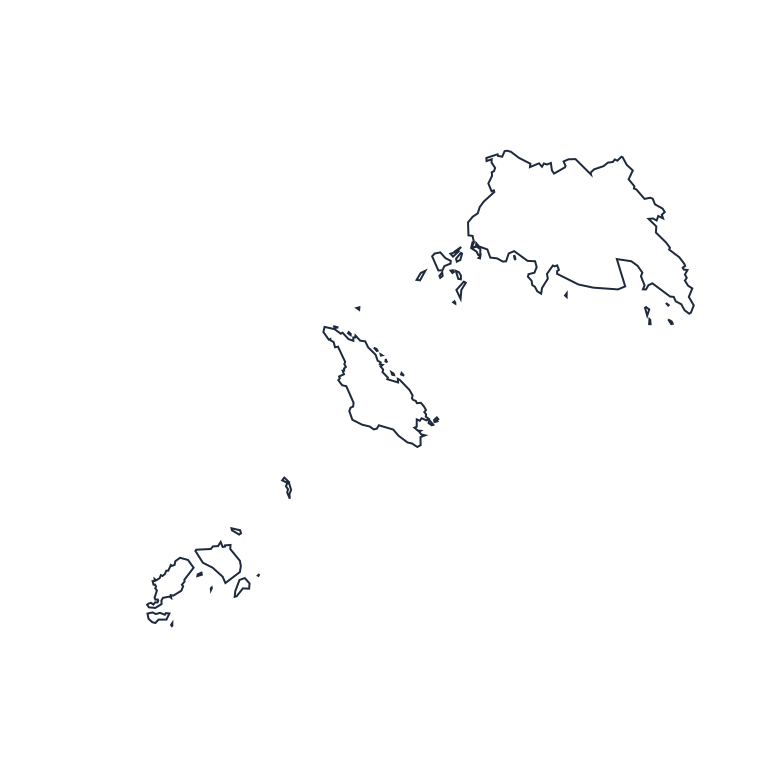 outline of Mueang Satun, Satun, Thailand, rotated 324°
{"feature_id": "78962969B14471868666252", "entity_name": "Mueang Satun", "entity_type": "district", "adm_level": 2, "iso_a3": "THA", "parent_name": "Thailand", "parent_adm1": "Satun", "projection": "albers", "projection_center": [99.766, 6.614], "detail": "fine", "context": "isolated", "style": "outline", "palette": "slate", "viewbox_px": 768, "rotation_deg": 324, "n_neighbors": 0, "source": "geoboundaries", "source_scale": "gbopen_adm2", "svg_char_len": 6153}
<svg xmlns="http://www.w3.org/2000/svg" viewBox="0 0 768 768"><g transform="rotate(324 384 384)"><path d="M599.7,261.3L598.0,263.9L603.2,265.5L601.2,268.0L600.9,274.5L598.0,276.5L595.7,276.0L593.8,279.1L586.3,283.1L584.3,291.3L586.7,291.9L586.1,293.5L572.2,295.0L565.5,297.1L560.1,301.1L554.1,300.8L547.0,302.6L539.7,313.4L542.7,316.2L540.1,322.2L536.6,324.3L536.3,325.9L539.5,326.7L541.4,324.3L541.7,328.5L546.7,335.9L544.3,344.2L549.3,348.8L552.1,354.8L554.9,356.5L561.6,351.7L567.4,353.0L572.6,368.9L578.4,373.5L576.2,379.2L571.1,382.4L565.5,380.1L563.5,381.8L564.1,387.2L562.1,391.1L563.2,394.0L562.5,399.1L564.2,403.3L568.3,399.2L578.4,395.1L580.6,390.7L590.3,387.4L591.2,389.1L593.8,389.8L592.6,394.5L590.5,394.4L588.8,396.6L599.8,417.8L610.0,429.1L628.9,445.0L636.5,446.8L645.8,419.8L656.2,430.0L658.6,437.3L658.5,445.7L655.2,447.9L652.8,457.4L649.1,459.6L651.5,461.5L656.0,459.5L660.3,460.3L666.9,481.5L669.6,483.8L668.6,488.6L671.4,494.2L670.5,500.8L672.2,506.5L674.2,506.7L680.8,502.5L681.8,492.7L689.6,487.9L687.8,483.2L688.2,477.2L691.3,476.1L691.8,472.3L696.5,470.2L693.8,467.6L694.0,465.5L697.0,465.5L697.6,463.3L697.4,455.0L693.7,442.9L695.4,441.8L695.4,435.5L693.0,421.3L696.9,416.6L695.1,405.9L698.9,408.2L700.7,412.0L704.6,409.3L707.1,414.0L708.2,410.4L712.2,409.9L712.5,405.9L708.8,397.9L710.3,392.1L708.9,389.8L703.6,387.4L702.5,374.9L701.1,372.7L702.8,371.2L702.2,362.2L710.8,357.5L709.2,349.3L710.3,340.9L709.6,339.7L704.1,340.5L702.7,338.0L699.6,338.9L695.3,336.5L689.7,336.8L680.0,333.8L675.3,334.5L674.6,336.2L671.1,314.6L665.4,310.7L660.1,309.5L659.1,314.2L657.8,315.1L645.3,313.7L645.4,309.9L648.9,303.3L644.8,302.2L643.0,299.6L639.5,301.1L639.1,296.6L629.6,294.3L631.9,291.8L626.1,280.4L623.2,270.8L620.7,267.6L618.5,266.5L613.2,269.6L610.3,266.5L610.9,264.9L599.7,261.3ZM376.2,310.5L369.5,302.9L365.5,306.3L365.4,315.7L367.1,316.1L366.4,317.4L367.9,320.4L366.0,325.5L368.7,326.8L365.6,343.2L363.6,344.6L363.2,347.8L360.8,348.0L359.7,349.7L358.4,348.8L357.3,352.6L352.1,351.5L351.6,353.4L349.3,354.1L349.4,360.4L352.2,363.6L348.3,381.4L345.8,384.1L343.0,383.5L340.0,385.5L337.4,394.3L342.4,404.1L347.4,409.9L349.0,414.7L351.9,415.9L355.6,414.4L364.7,426.3L365.3,434.3L368.7,445.2L371.7,448.6L373.9,454.5L377.7,455.0L382.3,448.4L387.1,449.7L384.5,446.6L384.4,443.3L386.1,443.4L384.0,441.6L382.9,437.2L385.3,437.8L389.7,431.9L391.4,434.8L394.3,433.8L397.1,438.5L399.7,438.5L398.6,435.0L400.2,433.4L400.1,430.4L402.7,429.7L403.1,425.7L402.8,420.9L399.3,418.8L399.8,416.5L398.2,413.9L398.2,412.0L400.4,410.1L401.1,403.6L399.2,390.0L398.2,387.9L396.3,391.0L389.5,382.1L390.9,381.1L389.8,373.5L391.8,371.8L391.5,367.9L394.1,367.7L392.2,365.7L394.0,364.6L392.6,361.4L394.4,355.3L392.7,344.9L393.9,338.5L390.2,334.9L389.4,328.0L388.0,329.4L386.5,328.3L384.6,331.0L381.7,326.9L380.6,318.1L378.6,317.9L376.2,310.5ZM146.9,415.7L134.7,407.7L133.3,408.2L132.4,422.1L137.4,431.9L140.2,445.1L138.7,451.8L156.9,451.4L161.2,447.1L163.5,442.3L162.6,427.1L165.2,424.0L160.5,421.1L159.7,422.0L157.7,421.0L159.0,415.8L154.4,417.6L150.1,414.8L146.9,415.7ZM116.8,404.7L111.0,404.7L108.2,407.3L105.4,406.4L105.2,405.2L99.7,408.2L98.1,407.1L95.0,409.0L91.9,409.1L91.1,407.5L88.4,409.2L84.2,408.9L83.8,406.8L82.6,408.5L80.9,407.5L79.6,410.9L80.8,411.6L80.6,413.8L78.9,414.8L78.9,417.6L72.8,422.0L72.3,424.1L74.3,425.4L74.0,426.6L72.3,427.6L70.5,426.1L67.8,426.9L66.9,424.1L64.1,423.2L62.6,423.4L62.5,426.5L67.3,430.7L74.7,431.3L76.7,428.3L79.5,427.1L85.5,429.9L86.1,432.0L87.4,429.5L89.2,431.4L98.6,432.1L102.6,429.6L102.5,427.6L106.5,426.6L107.5,425.0L122.0,420.7L122.0,411.1L116.8,404.7ZM501.6,308.2L498.0,309.0L494.7,324.1L498.1,326.4L502.1,324.1L508.6,325.7L510.4,323.6L507.7,318.3L506.9,310.6L501.6,308.2ZM62.4,432.7L57.7,430.7L55.5,435.5L56.5,440.5L58.5,442.9L63.2,442.1L69.5,446.7L75.5,443.5L72.8,441.1L71.1,441.9L68.3,437.5L64.2,436.0L62.4,432.7ZM158.0,466.3L157.3,459.2L151.9,457.6L141.9,464.2L138.1,468.4L140.1,469.1L149.7,466.4L154.6,470.3L158.0,466.3ZM508.7,348.1L497.8,350.5L496.0,360.1L501.8,353.4L509.7,350.1L508.7,348.1ZM539.8,327.4L535.8,325.9L535.9,324.4L539.6,320.8L534.4,325.2L536.7,331.3L536.1,335.1L537.6,336.3L541.2,331.5L539.8,327.4ZM247.0,407.6L244.6,409.1L244.5,412.7L241.9,414.9L240.4,421.4L242.7,417.6L246.6,415.0L248.9,408.6L247.0,407.6ZM180.6,420.7L181.6,417.7L175.8,411.1L175.0,413.0L178.3,420.7L180.6,420.7ZM484.0,316.7L478.9,315.8L471.6,318.9L474.1,321.3L484.0,316.7ZM523.3,323.1L515.9,325.0L514.8,327.8L518.6,328.5L523.8,324.4L523.3,323.1ZM510.3,337.5L508.6,334.7L505.9,342.6L507.7,344.5L510.0,341.4L510.3,337.5ZM514.7,321.5L523.3,320.5L514.3,317.7L514.7,321.5ZM637.1,483.4L642.4,479.6L641.2,475.8L640.0,475.7L637.1,483.4ZM249.4,406.9L248.3,401.1L245.0,402.1L247.1,406.1L249.4,406.9ZM399.5,440.0L397.1,441.8L398.4,445.5L399.9,446.0L399.5,440.0ZM407.1,442.1L403.3,442.6L402.5,444.5L405.1,445.5L404.9,444.5L407.2,444.4L407.1,442.1ZM125.4,429.3L121.4,428.5L120.1,429.7L124.5,431.2L125.4,429.3ZM496.6,328.0L492.4,329.1L491.9,331.2L495.0,331.0L496.6,328.0ZM522.0,319.4L527.0,318.5L520.7,318.4L522.0,319.4ZM653.0,505.0L653.5,502.5L651.9,498.9L651.6,504.4L653.0,505.0ZM506.7,332.6L504.5,331.4L504.6,334.4L506.4,334.4L506.7,332.6ZM634.8,492.3L637.1,488.6L636.9,487.5L633.7,491.4L634.8,492.3ZM409.2,307.4L406.5,306.4L407.5,309.4L409.2,307.4ZM585.1,418.0L582.5,418.8L582.9,420.9L585.1,418.0ZM660.7,487.5L659.7,484.2L660.0,487.6L660.7,487.5ZM397.2,348.7L397.6,353.1L398.4,353.3L398.5,351.3L397.2,348.7ZM377.9,310.1L380.3,311.4L377.0,307.4L377.9,310.1ZM397.4,382.8L397.9,381.2L396.9,378.8L396.1,381.4L397.4,382.8ZM386.0,321.3L384.7,321.8L385.7,324.9L386.5,324.0L386.0,321.3ZM537.1,337.2L534.6,337.6L535.5,338.8L537.1,337.2ZM404.7,385.4L403.4,386.3L405.1,389.0L404.7,385.4ZM563.0,360.9L564.3,359.2L565.1,356.3L564.0,357.5L563.0,360.9ZM72.3,452.9L70.2,453.7L70.1,455.2L70.7,455.1L72.3,452.9ZM399.6,368.3L399.3,366.7L400.2,364.8L398.4,366.6L399.6,368.3ZM489.6,358.5L488.0,358.6L488.9,360.9L489.5,360.0L489.6,358.5ZM169.6,465.4L171.4,464.5L169.3,464.8L169.6,465.4ZM398.2,359.1L399.4,359.7L398.7,358.0L398.2,359.1ZM122.9,449.0L124.7,448.0L125.0,447.3L123.8,447.5L122.9,449.0Z" fill="none" stroke="#1e293b" stroke-width="2"/></g></svg>